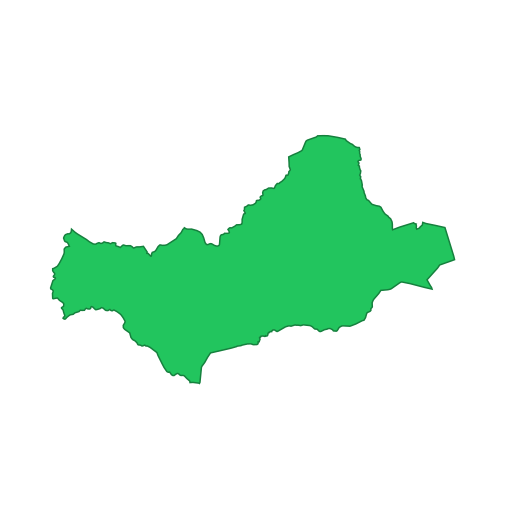 Bac Ai, Ninh Thuận, Vietnam, rotated 293°
{"feature_id": "81297802B54055270393742", "entity_name": "Bac Ai", "entity_type": "district", "adm_level": 2, "iso_a3": "VNM", "parent_name": "Vietnam", "parent_adm1": "Ninh Thuận", "projection": "mercator", "projection_center": [108.819, 11.911], "detail": "fine", "context": "isolated", "style": "filled", "palette": "green", "viewbox_px": 512, "rotation_deg": 293, "n_neighbors": 0, "source": "geoboundaries", "source_scale": "gbopen_adm2", "svg_char_len": 6110}
<svg xmlns="http://www.w3.org/2000/svg" viewBox="0 0 512 512"><g transform="rotate(293 256 256)"><path d="M208.6,75.7L206.6,76.3L205.0,76.4L203.5,75.5L202.8,73.9L201.2,72.3L200.1,71.9L198.2,71.8L197.3,71.9L195.1,73.9L194.7,74.7L194.8,76.8L194.2,78.0L192.0,80.4L189.9,77.5L188.0,76.8L187.3,76.8L184.4,78.1L182.9,78.4L177.5,78.3L172.2,77.8L169.0,77.2L165.8,74.9L164.9,73.8L163.0,74.6L161.9,76.2L161.4,77.4L160.2,77.9L158.3,77.4L157.8,77.5L157.4,78.0L157.7,79.3L157.3,80.0L156.2,79.9L154.0,78.7L146.3,79.4L145.5,80.0L145.4,81.6L144.9,82.7L143.9,83.2L142.0,83.3L137.6,85.4L137.4,85.7L137.4,86.1L139.2,88.7L139.7,89.8L138.4,92.4L137.8,95.6L137.2,97.3L136.8,97.8L134.4,98.5L132.6,97.2L132.2,97.2L131.7,97.7L131.5,98.7L130.6,99.8L128.8,101.1L126.4,103.3L125.6,103.4L124.3,102.7L123.3,102.7L123.0,103.9L123.2,104.8L123.9,105.3L125.5,105.8L127.8,107.0L129.3,108.0L130.9,110.5L132.9,111.5L135.7,114.8L137.4,115.4L138.0,117.2L139.0,119.3L140.6,119.6L141.2,119.9L141.6,120.4L141.5,121.3L141.8,122.6L142.3,123.7L143.1,124.2L144.3,124.0L145.1,124.2L145.3,125.5L143.9,129.2L144.4,130.3L146.6,133.0L148.1,133.9L148.3,135.6L147.3,138.5L147.3,139.3L147.9,141.0L149.7,142.4L149.2,143.5L149.2,144.5L149.6,145.4L150.4,145.8L150.8,146.4L150.4,150.2L149.5,153.8L149.0,155.0L147.3,157.8L145.2,160.5L144.4,161.2L143.2,161.3L140.3,160.9L138.2,161.9L137.2,163.7L135.9,169.8L132.2,172.7L131.2,174.4L130.7,175.9L130.8,177.2L129.7,180.2L128.6,181.5L128.2,182.3L128.8,184.4L128.6,186.2L129.1,187.0L130.5,188.4L130.1,189.9L130.7,191.1L130.5,194.2L128.4,202.5L126.1,204.7L120.3,211.5L117.5,214.9L115.0,218.8L114.7,219.6L114.8,220.9L115.4,221.9L113.7,224.6L113.5,226.2L113.9,227.2L116.3,228.7L117.0,229.3L117.3,229.8L117.3,230.9L116.7,232.4L116.7,233.6L117.6,235.5L117.7,236.8L116.2,240.2L115.1,243.7L114.5,244.3L113.7,244.7L115.0,247.3L116.7,253.3L116.6,253.7L117.7,253.8L132.1,249.3L133.4,249.3L138.0,250.4L143.8,251.0L149.0,252.0L161.7,269.4L165.1,273.6L165.6,273.8L167.6,277.2L168.6,278.1L171.8,282.6L173.2,285.8L173.3,288.1L174.8,291.4L175.8,292.1L176.2,292.1L177.8,291.5L178.0,292.3L178.3,292.4L181.1,292.2L181.9,291.3L182.5,291.1L183.1,291.9L184.1,291.9L185.1,293.7L185.4,295.5L186.2,295.8L185.9,296.2L187.0,297.6L188.2,297.7L188.9,297.3L190.1,297.4L190.3,297.9L190.9,297.8L191.3,298.4L191.7,298.4L192.2,299.1L192.5,300.0L193.5,299.9L194.2,300.3L194.2,300.5L194.7,300.7L195.2,302.1L194.9,303.1L194.7,304.7L195.0,305.3L202.4,310.9L204.6,313.6L205.1,315.7L207.9,319.0L207.9,319.7L208.8,321.8L209.4,324.4L211.1,326.4L213.1,333.1L212.9,335.4L211.8,338.4L211.9,339.1L212.5,340.8L211.4,343.7L211.5,344.6L212.2,345.5L214.9,347.8L216.5,350.1L217.1,350.4L218.2,352.4L218.1,355.2L217.3,356.5L218.2,359.3L219.0,359.9L222.8,360.5L225.0,362.2L225.7,363.4L228.1,369.9L229.1,371.0L232.5,374.5L237.9,379.0L239.1,380.5L242.0,380.9L246.6,380.3L247.7,380.8L249.4,382.4L250.1,382.8L250.8,383.0L252.5,382.3L253.9,382.9L254.7,382.9L258.3,381.2L260.8,381.1L262.5,381.4L269.6,383.7L273.1,384.3L276.5,390.6L277.8,392.4L278.7,393.3L287.7,398.9L288.8,399.9L289.1,400.5L290.8,408.7L293.0,423.7L294.3,431.0L295.6,429.9L296.7,428.2L300.9,422.7L315.7,427.8L318.4,428.4L318.7,428.3L319.5,428.6L330.2,440.2L333.2,438.0L356.0,418.8L354.2,409.0L352.3,399.7L352.1,396.4L349.4,397.0L346.8,395.7L345.7,395.6L343.5,393.5L344.5,392.5L346.4,391.9L347.4,391.0L348.0,391.0L347.8,389.1L348.2,388.1L338.6,376.8L333.5,371.5L334.8,370.7L338.3,369.2L339.9,368.3L340.9,367.6L342.1,366.2L342.9,365.3L343.5,363.1L344.3,361.9L345.0,358.6L345.8,357.1L346.8,355.5L349.7,351.9L350.0,350.0L349.3,347.0L348.9,342.8L349.2,341.8L351.1,337.9L351.1,336.2L352.3,334.4L354.2,333.1L356.7,330.6L357.3,330.4L358.1,329.8L360.9,326.9L362.0,326.2L362.7,326.2L366.5,323.7L367.7,322.4L367.8,321.9L369.9,321.4L370.4,320.8L370.5,320.3L371.0,319.8L372.5,319.9L375.3,319.2L376.0,318.2L377.8,316.7L379.2,316.0L379.4,314.8L380.3,314.7L380.7,314.5L381.8,314.5L382.5,313.1L382.9,312.9L384.0,313.2L385.3,315.0L386.3,314.9L386.9,314.5L388.4,313.0L390.1,312.2L390.9,311.3L392.7,310.6L393.6,309.7L394.6,310.0L396.2,308.7L395.5,306.9L395.3,305.1L395.5,303.7L396.4,301.1L396.4,298.8L397.5,293.9L398.5,292.6L397.1,284.9L394.9,275.6L393.1,271.0L390.7,265.8L389.1,265.0L382.7,258.0L381.4,257.2L380.1,257.1L371.7,257.2L370.8,256.9L367.5,254.3L363.9,250.8L360.0,247.4L354.8,250.0L351.3,251.6L349.0,253.8L348.2,253.9L346.5,253.3L345.3,253.7L343.1,253.8L342.5,253.3L342.3,252.3L342.0,252.1L339.7,252.3L338.3,252.1L334.9,250.7L332.9,249.3L331.9,249.1L331.0,247.2L328.5,246.4L325.6,246.4L325.1,245.8L324.6,243.5L323.4,241.0L321.1,239.4L320.5,238.4L318.8,237.2L316.9,237.4L314.9,238.6L314.2,238.5L313.5,237.6L312.4,236.9L311.7,236.9L310.7,238.0L310.2,238.0L308.9,237.4L308.2,236.5L307.7,235.3L307.1,234.8L305.5,235.1L304.4,234.9L302.0,233.3L300.4,230.9L300.2,229.4L299.6,228.7L298.1,228.0L296.4,226.4L294.0,227.3L293.1,227.1L291.3,229.4L290.9,229.4L289.8,228.3L289.4,228.3L284.4,228.9L281.3,230.2L279.6,230.3L278.4,228.7L277.1,225.9L275.2,224.9L272.4,222.7L271.8,221.0L271.2,220.5L269.5,219.8L268.1,221.7L267.5,222.2L267.0,222.3L266.5,222.0L265.9,221.3L264.6,218.2L263.2,217.6L262.1,216.0L261.2,215.4L259.5,215.5L252.3,217.9L251.5,217.9L250.2,216.9L249.8,216.2L249.5,213.7L249.9,210.5L249.7,209.5L249.2,208.7L247.8,207.4L247.3,206.4L247.4,205.6L248.5,203.8L252.2,200.8L254.8,198.1L256.1,195.2L256.3,191.6L255.9,188.4L255.6,186.2L254.1,182.9L253.7,181.2L254.0,179.0L253.1,179.0L251.9,178.3L248.3,178.0L244.7,176.6L240.8,175.9L231.6,169.7L230.3,168.0L229.2,165.6L228.8,163.6L228.5,163.1L226.4,162.2L222.5,161.7L221.1,161.3L220.2,160.7L218.8,159.1L216.9,159.1L215.5,159.6L214.8,159.5L214.7,159.1L216.1,155.9L216.2,155.4L215.8,154.6L215.9,154.4L217.2,154.2L220.9,148.6L218.9,145.3L217.6,142.3L215.6,140.4L215.5,140.0L216.2,138.1L216.4,136.3L214.6,132.2L214.4,129.8L213.8,129.1L210.8,127.7L210.9,125.9L210.6,123.2L211.1,122.6L212.9,122.0L213.0,121.2L212.2,118.7L210.7,117.5L210.4,117.1L210.5,115.2L209.8,112.7L209.7,111.0L209.5,110.5L207.8,109.6L206.9,108.2L206.9,106.3L205.7,104.9L204.4,103.9L204.0,103.3L203.5,101.5L204.0,97.0L204.9,93.6L206.5,83.0L207.2,79.9L208.6,75.7Z" fill="#22c55e" stroke="#15803d" stroke-width="1.5"/></g></svg>